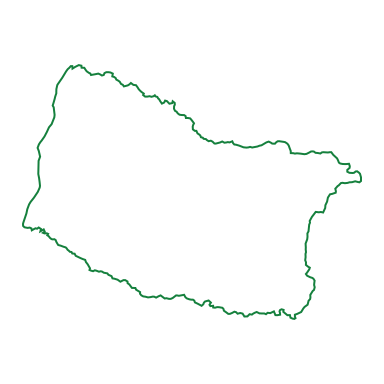 outline of Estreito, Maranhão, Brazil
{"feature_id": "56859067B74339970146751", "entity_name": "Estreito", "entity_type": "district", "adm_level": 2, "iso_a3": "BRA", "parent_name": "Brazil", "parent_adm1": "Maranhão", "projection": "albers", "projection_center": [-47.169, -6.764], "detail": "fine", "context": "isolated", "style": "outline", "palette": "green", "viewbox_px": 384, "rotation_deg": 0, "n_neighbors": 0, "source": "geoboundaries", "source_scale": "gbopen_adm2", "svg_char_len": 5194}
<svg xmlns="http://www.w3.org/2000/svg" viewBox="0 0 384 384"><path d="M52.7,105.6L53.7,107.3L53.9,109.0L54.6,114.9L54.3,117.4L51.6,124.2L49.0,127.3L46.9,131.9L44.5,136.5L41.7,140.5L40.4,142.1L38.9,144.4L37.6,147.9L38.8,151.0L40.1,156.7L38.6,160.8L38.3,174.0L39.1,178.2L39.6,182.0L40.0,185.9L39.7,187.6L37.8,191.9L34.0,197.6L30.6,201.9L29.1,204.4L27.3,209.2L26.4,213.5L23.4,222.4L23.0,223.9L23.1,225.9L24.5,227.3L27.6,227.9L29.7,227.6L31.4,228.4L31.8,230.3L33.4,229.4L35.5,228.3L37.1,228.7L38.7,227.5L41.0,229.0L40.4,231.3L43.7,229.4L44.7,231.6L43.0,232.8L44.4,233.4L46.8,233.3L48.1,233.9L47.3,235.3L48.7,236.2L49.9,237.8L51.5,239.1L52.9,239.4L54.3,239.2L55.6,240.0L56.5,242.2L58.2,245.0L60.5,245.6L63.4,246.7L65.7,247.4L66.7,248.4L67.6,249.8L68.7,250.6L69.9,251.8L71.5,252.0L72.3,253.5L74.6,253.7L75.7,255.8L77.2,256.5L80.3,258.0L82.6,259.0L85.2,259.9L85.9,262.0L87.7,264.3L89.0,266.6L90.0,268.3L89.5,270.0L91.2,270.7L93.1,271.2L94.8,270.3L96.4,270.7L99.0,271.7L100.4,271.3L101.9,271.5L103.8,272.7L107.4,273.4L108.4,274.8L111.5,276.1L112.5,278.4L114.4,278.7L117.6,279.7L120.4,281.7L123.5,280.1L125.2,280.1L127.5,281.5L127.6,283.2L129.3,284.4L131.9,287.9L135.4,288.0L136.1,289.7L140.1,292.1L140.0,293.7L141.3,295.3L143.2,296.4L145.4,296.7L148.0,297.4L150.6,297.1L152.8,296.6L154.2,296.7L156.1,297.6L158.7,296.2L160.6,295.4L164.7,298.5L166.4,298.2L169.1,298.9L170.7,298.9L172.7,298.0L176.1,295.4L177.5,295.5L178.9,295.8L184.1,294.8L185.4,297.2L186.8,298.4L189.3,299.3L191.4,299.7L193.0,299.7L194.3,300.6L194.9,302.4L197.7,303.7L201.6,305.8L203.3,304.3L203.9,302.7L205.0,301.5L208.6,300.5L210.9,302.6L209.5,304.8L210.4,306.1L213.1,305.8L213.2,307.5L215.0,307.7L217.2,307.1L219.1,307.2L222.4,307.8L223.5,309.0L223.9,310.7L226.3,312.4L228.3,313.9L229.8,313.9L232.0,313.0L234.4,311.7L236.1,312.2L237.6,313.7L240.2,313.0L242.6,313.6L244.4,316.5L247.4,316.4L249.6,314.2L251.9,314.6L253.2,313.6L254.7,312.8L256.7,312.0L259.5,313.4L264.4,313.5L266.0,314.2L267.6,312.8L270.3,313.1L273.9,311.4L275.4,315.1L277.2,315.2L280.1,314.7L280.0,313.0L279.5,311.3L280.1,310.0L281.6,309.3L283.6,309.9L283.3,311.8L287.4,315.2L289.9,315.1L290.5,317.7L292.6,318.6L294.4,318.9L295.5,318.1L294.9,316.7L294.9,314.7L297.2,313.9L299.3,312.9L301.2,312.0L303.3,308.5L304.6,306.9L307.6,304.7L308.6,300.7L310.1,299.1L310.4,297.6L310.3,294.9L312.7,291.0L314.0,289.9L314.7,287.2L314.1,285.0L314.3,282.9L314.6,280.6L313.4,278.7L312.3,277.9L310.1,277.2L307.1,275.7L305.9,274.0L307.0,272.7L309.3,269.3L309.8,267.7L308.1,266.7L305.9,264.9L306.0,262.3L305.2,260.2L305.4,258.7L305.6,257.2L305.5,253.9L306.0,252.2L305.7,249.4L305.8,247.5L305.6,243.6L307.2,239.3L307.5,236.8L307.4,233.4L308.5,231.4L309.2,224.6L310.0,222.7L309.7,221.0L311.9,216.9L313.9,214.3L315.7,211.9L318.8,212.3L320.9,212.0L323.1,212.5L325.2,208.0L325.4,205.2L327.1,201.6L327.9,197.6L330.0,194.3L332.1,193.9L335.7,192.7L335.9,191.2L335.3,188.7L336.5,187.4L337.6,186.1L338.7,185.4L340.9,183.1L342.4,182.8L344.9,183.2L347.6,182.9L349.5,182.3L352.0,182.2L355.2,181.3L357.9,182.0L359.4,182.3L361.0,181.0L361.0,177.3L360.0,173.8L359.0,172.7L357.1,171.3L355.6,171.5L354.2,172.7L352.9,173.0L349.4,172.8L347.3,171.7L347.3,169.9L349.6,167.9L349.8,166.2L349.0,163.8L345.8,164.1L342.7,164.0L340.2,163.5L338.9,162.6L338.1,160.5L337.1,158.4L333.2,154.8L331.3,152.2L329.8,152.2L327.9,152.5L323.3,152.2L321.9,152.4L320.4,153.5L317.8,153.0L315.5,152.8L313.8,151.5L312.4,151.4L311.0,151.5L309.5,152.4L306.5,153.9L304.4,154.2L301.7,153.8L300.2,153.6L296.9,153.3L294.9,153.6L293.3,153.2L290.8,153.1L290.7,150.9L289.8,148.6L288.7,145.5L287.4,143.7L285.2,142.2L283.9,141.9L279.1,141.2L277.6,141.3L276.2,142.3L274.9,143.7L272.2,143.6L271.1,142.8L268.7,141.6L266.4,142.4L261.5,145.3L259.5,145.7L257.5,146.5L252.2,147.5L250.1,146.9L248.4,147.4L246.4,147.6L243.5,147.3L239.1,145.6L236.0,144.7L234.3,144.5L233.1,143.2L232.3,141.3L229.6,142.4L227.8,142.1L226.2,142.5L224.4,142.7L222.2,141.5L220.0,142.5L215.7,143.6L214.4,143.5L212.5,141.6L210.8,140.7L208.7,141.2L206.9,140.1L205.9,139.1L203.6,138.8L202.8,137.7L200.9,137.2L200.3,135.5L199.2,134.5L197.5,133.4L196.4,130.9L194.9,130.9L192.9,129.4L192.7,126.7L193.1,125.1L194.0,123.3L192.7,121.5L191.4,119.8L190.2,118.4L188.0,118.0L185.9,118.0L185.6,116.1L184.2,115.1L181.5,115.0L179.5,114.7L177.7,113.3L176.6,111.7L175.0,110.8L174.0,108.7L174.1,106.2L174.8,104.7L174.7,102.9L172.7,101.3L172.3,103.1L169.4,103.7L166.9,101.1L165.1,100.6L164.2,102.5L161.9,103.6L159.9,100.7L159.2,99.3L158.2,98.5L157.3,96.9L155.5,96.4L154.8,95.3L153.6,96.2L151.5,96.8L149.6,96.2L147.3,96.6L145.1,96.6L143.1,95.0L143.8,93.6L141.4,91.9L139.7,90.3L138.5,88.9L137.7,87.5L136.0,85.2L133.4,84.9L130.9,83.0L129.4,84.4L127.8,85.4L123.9,86.4L122.8,84.8L121.0,83.9L119.7,81.7L118.0,80.5L116.3,79.6L115.7,78.1L114.2,77.0L112.3,76.4L112.8,73.6L110.5,72.5L108.6,72.2L106.3,72.2L104.5,73.1L103.7,75.0L101.9,75.5L100.3,74.5L98.3,73.6L95.4,74.2L91.0,75.0L90.3,73.5L88.8,72.8L86.7,71.3L85.5,69.7L84.3,67.8L81.6,67.7L81.4,65.7L78.8,65.1L75.2,66.9L72.5,68.6L72.3,66.1L70.8,66.1L69.3,67.8L67.7,69.2L66.1,71.4L62.3,77.7L57.4,84.8L57.0,86.2L56.7,87.7L56.4,89.0L56.3,91.4L56.3,93.4L55.7,95.1L55.1,97.0L54.7,98.8L53.4,103.3L52.7,105.6Z" fill="none" stroke="#15803d" stroke-width="2"/></svg>